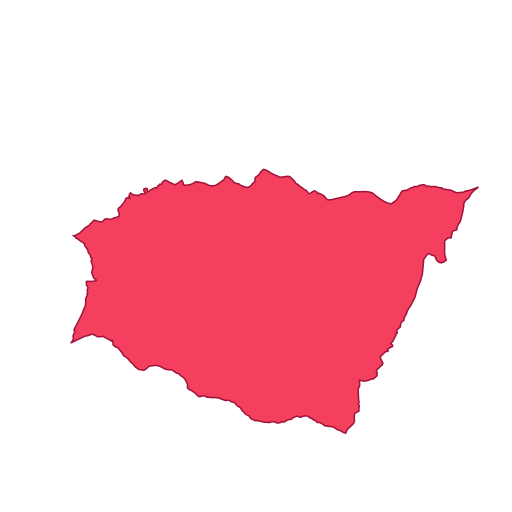 the district of Copaceni, Vâlcea, Romania, rotated 296°
{"feature_id": "2599482B17070437163052", "entity_name": "Copaceni", "entity_type": "district", "adm_level": 2, "iso_a3": "ROU", "parent_name": "Romania", "parent_adm1": "Vâlcea", "projection": "mercator", "projection_center": [23.973, 44.993], "detail": "fine", "context": "isolated", "style": "filled", "palette": "rose", "viewbox_px": 512, "rotation_deg": 296, "n_neighbors": 0, "source": "geoboundaries", "source_scale": "gbopen_adm2", "svg_char_len": 6149}
<svg xmlns="http://www.w3.org/2000/svg" viewBox="0 0 512 512"><g transform="rotate(296 256 256)"><path d="M415.5,425.6L409.7,420.3L407.3,417.5L406.7,416.2L404.2,414.4L400.8,408.6L400.6,405.5L400.7,402.3L398.4,395.3L398.4,394.4L398.7,393.1L398.0,391.6L396.9,386.3L394.8,382.3L394.7,381.0L393.4,378.2L393.9,376.5L393.4,374.9L390.7,371.5L388.9,370.3L387.9,367.8L386.8,367.3L385.1,365.4L381.6,362.9L378.5,358.8L368.3,357.8L366.8,357.2L362.1,354.7L361.3,351.3L361.2,346.2L362.3,338.8L363.7,332.9L363.0,329.0L362.1,326.5L358.5,319.6L357.2,316.6L354.8,314.4L353.0,313.6L351.1,312.4L348.6,310.1L340.4,299.9L339.9,299.5L338.2,296.6L337.9,295.2L338.8,293.6L338.9,292.3L339.7,291.1L340.0,289.7L340.1,285.3L339.1,284.0L340.1,282.6L340.3,280.5L340.0,279.6L335.5,276.8L335.2,276.4L335.5,275.2L337.1,272.4L336.9,271.0L337.0,270.1L337.6,267.4L337.9,264.7L338.8,262.0L338.5,260.4L340.1,257.9L341.5,254.0L342.2,251.4L341.7,249.9L340.7,248.1L338.4,245.0L337.1,242.0L337.3,240.0L337.0,237.4L337.1,236.0L337.0,233.2L337.6,230.3L337.6,227.3L337.4,225.6L336.9,224.9L337.0,224.6L334.1,223.5L330.3,223.0L326.6,221.1L325.4,221.1L323.2,222.1L321.4,222.0L319.6,221.1L316.5,220.5L314.0,218.4L313.5,217.1L313.1,214.8L313.1,213.3L312.7,211.4L313.3,209.0L313.3,208.3L312.5,206.9L312.6,205.7L312.4,204.3L313.6,201.3L314.4,198.1L314.5,197.1L314.8,196.7L314.5,195.6L314.5,194.2L313.6,193.8L310.7,193.7L304.5,190.5L301.5,188.4L300.0,186.3L299.0,183.3L298.8,181.9L298.9,178.2L297.2,171.6L296.7,171.5L296.7,170.1L296.3,169.1L293.7,167.7L291.7,165.9L289.4,162.9L288.7,161.1L288.1,160.5L288.1,159.6L289.8,158.5L291.6,156.2L286.4,153.4L284.3,151.5L284.5,148.3L284.3,147.0L284.6,143.7L284.5,141.8L284.3,140.9L281.0,139.4L280.1,139.6L278.9,139.4L278.6,139.1L278.5,138.1L276.6,137.6L276.2,137.0L273.9,137.2L273.4,135.8L271.6,134.0L269.0,132.2L266.3,130.8L266.9,129.7L268.6,129.0L268.7,128.7L268.4,128.2L268.7,127.5L267.2,125.9L266.3,126.0L264.7,127.4L264.3,129.3L263.2,129.1L262.5,128.0L262.2,126.6L261.0,125.1L259.0,123.9L258.6,123.1L258.1,121.4L257.3,119.7L257.3,117.9L257.7,115.4L255.0,115.3L252.6,117.2L252.8,115.5L251.9,115.4L251.7,115.1L251.7,114.4L251.6,114.2L250.2,113.9L247.3,114.0L245.2,113.6L241.0,112.6L239.0,111.6L237.3,111.5L236.9,111.7L235.1,113.6L233.2,114.9L232.0,115.4L231.3,115.2L229.6,113.7L228.2,111.9L225.1,109.3L224.2,106.0L223.2,104.2L219.6,102.8L218.6,102.1L217.4,95.5L216.7,94.3L214.4,94.0L212.2,92.9L209.9,92.5L207.7,90.7L206.2,90.0L199.0,87.4L197.3,85.9L195.5,84.9L194.2,83.2L193.9,85.3L193.2,86.1L193.2,88.7L192.6,90.7L192.0,96.5L191.6,96.5L190.5,97.2L189.4,98.9L189.2,99.8L188.6,100.2L188.4,101.2L187.0,102.8L185.7,103.5L184.1,106.9L182.2,108.1L181.9,109.8L181.7,109.9L181.0,109.7L180.2,110.2L179.2,109.9L175.0,113.9L173.4,114.6L168.9,115.6L164.9,120.0L164.9,120.8L164.3,123.1L163.7,123.0L161.3,119.9L159.2,115.1L158.3,114.8L155.5,116.4L154.3,118.5L153.2,119.1L151.7,119.1L148.7,120.9L148.5,121.0L148.2,120.7L146.9,121.6L143.8,121.6L142.2,121.9L140.1,123.1L136.8,124.3L134.5,124.6L133.3,124.4L128.1,125.0L118.7,125.0L109.9,124.7L109.2,125.6L107.9,126.4L104.2,126.5L100.9,128.4L97.8,128.0L96.5,127.5L108.9,137.4L110.5,139.6L114.0,142.9L114.1,146.3L114.0,149.2L116.7,154.1L116.4,158.4L116.6,160.3L116.1,163.0L116.3,163.2L117.1,162.9L117.4,163.4L116.8,163.6L116.8,164.1L115.9,164.8L115.6,165.4L113.7,166.3L113.3,167.0L113.1,168.4L112.8,168.7L112.9,171.5L113.2,171.8L110.2,178.0L108.4,180.6L108.1,183.6L107.3,186.5L105.8,189.5L105.4,191.3L104.4,194.2L103.6,195.5L102.7,199.6L103.0,201.9L104.2,205.4L106.5,206.8L109.8,208.1L112.2,211.1L112.3,211.7L113.9,214.1L114.7,217.5L114.7,220.4L114.5,222.8L114.6,224.5L115.5,227.5L116.4,229.2L116.7,230.3L116.6,231.7L115.9,235.6L116.3,238.0L115.4,240.7L115.2,242.7L114.6,245.1L113.8,246.6L112.1,249.0L110.2,251.0L107.9,251.8L107.3,252.4L106.6,255.2L106.8,256.5L106.2,261.1L104.6,265.5L104.8,267.1L107.3,269.9L107.6,270.7L107.6,274.0L108.8,276.7L109.7,279.3L110.6,280.6L111.5,283.4L112.2,285.0L112.1,287.1L112.4,288.8L112.6,291.1L113.0,292.5L114.5,294.7L114.5,295.4L114.1,297.1L114.3,298.8L114.8,300.1L114.5,301.5L113.0,305.0L112.9,307.7L112.6,308.8L110.9,311.3L110.6,312.9L109.6,315.0L109.2,316.5L109.2,319.9L108.0,321.6L107.6,322.5L107.6,326.9L107.9,328.4L108.7,329.4L110.3,336.6L111.2,338.3L111.8,340.4L113.9,343.0L114.8,344.4L115.3,348.8L117.0,351.0L118.3,351.6L118.4,352.8L119.3,354.2L122.5,356.3L123.5,357.3L124.4,359.2L127.4,360.5L129.9,362.8L130.2,363.1L130.3,366.0L130.6,366.8L133.0,369.0L134.6,371.8L134.6,373.9L134.1,376.3L134.5,377.9L133.8,379.7L134.1,381.2L133.9,382.3L133.2,383.6L133.4,384.7L134.0,385.6L134.3,386.8L134.3,387.9L134.0,390.0L133.5,391.7L133.6,392.6L135.6,398.4L136.0,400.7L136.0,403.0L135.5,405.2L136.0,407.7L135.7,412.3L136.1,414.3L139.3,414.1L140.6,414.3L147.2,416.8L148.8,417.1L151.3,416.7L153.3,415.4L157.7,413.7L161.5,416.4L162.2,416.4L164.4,415.1L166.5,414.7L168.0,412.8L168.9,412.9L170.0,412.6L171.9,411.2L181.1,406.2L184.1,406.1L185.5,405.8L189.8,403.4L190.6,407.3L191.9,409.7L194.4,412.4L195.7,413.4L197.1,415.4L201.2,417.2L201.8,417.2L202.9,416.5L204.4,416.1L204.7,415.7L204.8,414.7L205.6,414.5L207.5,414.8L209.8,415.8L211.4,416.1L213.2,417.2L214.0,416.7L215.4,417.1L216.9,414.8L219.6,411.8L226.3,414.1L228.7,416.5L228.9,416.2L229.0,415.5L229.6,415.0L230.2,415.0L231.8,416.5L233.2,416.8L233.7,418.0L235.2,418.3L235.7,417.9L236.2,415.9L236.5,415.6L239.3,416.3L245.3,416.5L246.3,416.4L247.3,415.8L248.1,416.0L248.4,416.8L249.0,416.6L249.8,415.6L251.9,415.2L255.1,416.7L256.1,416.8L257.1,416.1L258.4,415.9L260.5,415.8L262.7,417.1L266.1,416.3L270.3,416.5L272.6,416.1L277.0,416.3L278.4,416.8L288.5,417.0L298.1,415.1L305.1,414.8L312.6,413.5L326.6,408.2L332.5,409.3L334.2,410.7L333.8,413.6L334.4,416.6L331.6,420.0L331.1,421.0L330.5,423.4L331.2,425.7L332.5,427.1L333.5,427.8L335.9,428.8L338.6,426.1L341.4,424.2L352.4,418.9L356.6,420.8L357.1,421.3L357.2,422.3L357.8,423.4L359.0,423.2L359.5,422.7L362.3,422.4L362.4,422.1L363.9,421.8L365.0,422.3L367.6,425.0L368.1,424.8L368.6,424.3L373.2,424.0L376.6,424.5L385.7,422.6L390.2,421.4L394.2,419.9L395.6,419.7L398.2,420.1L401.5,421.7L406.1,422.0L407.9,422.4L411.0,423.5L414.0,425.1L415.5,425.6Z" fill="#f43f5e" stroke="#9f1239" stroke-width="1.5"/></g></svg>